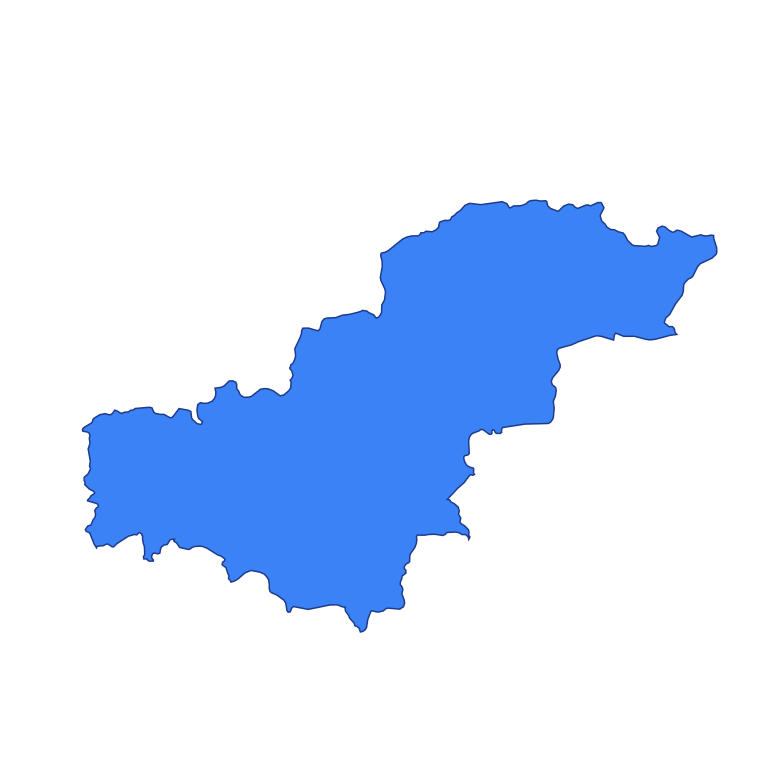 outline of Meconta, Nampula, Mozambique, rotated 20°
{"feature_id": "85939544B84793619782311", "entity_name": "Meconta", "entity_type": "district", "adm_level": 2, "iso_a3": "MOZ", "parent_name": "Mozambique", "parent_adm1": "Nampula", "projection": "orthographic", "projection_center": [39.662, -15.252], "detail": "fine", "context": "isolated", "style": "filled", "palette": "blue", "viewbox_px": 768, "rotation_deg": 20, "n_neighbors": 0, "source": "geoboundaries", "source_scale": "gbopen_adm2", "svg_char_len": 6170}
<svg xmlns="http://www.w3.org/2000/svg" viewBox="0 0 768 768"><g transform="rotate(20 384 384)"><path d="M516.8,501.1L517.1,498.4L515.3,497.2L514.6,494.3L513.3,492.2L508.6,489.8L504.1,488.8L502.5,487.5L502.0,483.7L498.7,481.1L498.1,477.4L495.7,474.2L490.9,472.4L487.3,472.0L485.3,470.4L482.9,470.8L489.0,456.6L493.0,449.4L495.5,441.1L496.5,439.6L498.8,439.3L500.0,438.1L498.5,436.9L497.3,433.0L496.7,432.5L493.0,432.8L489.8,432.2L486.8,429.9L484.5,426.9L483.9,424.7L484.5,423.7L487.2,421.9L487.9,420.1L483.3,409.4L482.5,405.8L482.8,402.6L484.2,400.0L489.3,395.6L490.9,393.3L493.0,393.1L500.0,395.2L502.0,394.5L502.3,393.5L501.5,391.4L501.8,389.8L503.7,389.9L505.0,391.4L506.4,392.0L510.1,390.7L511.1,389.4L510.0,386.4L510.2,384.4L530.3,373.4L551.9,364.9L553.5,363.0L554.5,359.7L554.5,357.1L552.2,348.6L549.0,342.3L549.2,336.6L548.0,331.1L546.5,328.6L542.4,327.2L540.3,324.3L540.3,320.5L543.5,311.5L543.8,307.9L542.8,305.4L539.3,301.4L535.9,296.2L535.1,292.8L536.3,290.5L546.9,283.0L552.3,277.7L566.9,266.1L571.5,264.9L584.7,264.2L583.7,258.7L584.5,257.0L593.0,257.2L603.0,253.5L614.4,252.5L618.8,251.6L623.4,249.3L636.4,240.3L642.2,237.3L639.9,236.0L638.0,232.9L636.5,231.8L635.1,231.5L632.3,232.6L627.0,230.9L626.3,230.2L626.2,225.7L628.7,220.8L630.5,209.2L633.8,198.3L633.5,194.4L631.7,188.4L632.0,185.9L634.0,181.4L636.6,178.7L637.4,176.8L638.5,166.7L640.0,162.8L649.2,153.5L651.8,148.4L651.7,146.6L650.1,142.4L644.0,134.4L643.0,131.7L640.5,132.2L636.6,134.6L633.5,135.4L630.8,135.4L622.7,140.7L611.5,138.8L608.4,138.9L606.6,139.3L604.0,142.4L603.1,142.7L598.7,142.0L594.6,140.3L591.4,140.5L588.1,143.8L587.9,147.3L592.9,152.1L593.4,159.5L592.0,161.1L588.0,163.4L585.3,163.2L582.6,165.2L571.9,168.4L569.3,168.3L563.6,165.6L559.8,161.9L557.0,160.3L552.4,160.8L547.9,160.3L543.8,161.3L539.8,160.3L536.9,158.0L533.0,156.5L529.9,152.5L529.5,151.0L530.4,144.2L530.2,142.9L526.0,139.2L522.8,140.4L517.1,146.0L514.3,146.0L512.4,146.9L506.0,152.8L503.3,152.6L500.0,151.0L496.0,151.8L492.0,155.3L488.7,162.2L480.6,162.1L476.8,160.5L474.5,156.8L473.2,156.5L468.7,158.5L464.0,159.3L459.6,161.3L457.4,163.0L456.1,165.7L453.7,168.2L450.9,170.0L444.8,172.4L442.4,175.4L441.4,175.4L437.8,172.5L432.6,172.3L413.8,182.3L402.5,185.0L399.0,188.4L396.3,195.1L393.9,198.1L392.5,201.5L390.6,203.6L390.2,207.1L387.4,208.9L385.7,209.1L381.2,212.5L380.9,213.9L381.7,218.0L380.2,221.4L377.2,224.5L371.2,226.1L369.8,228.2L367.0,229.2L366.5,231.7L365.4,233.1L359.4,235.4L355.2,238.1L351.8,241.6L342.5,257.1L339.7,260.1L337.1,261.6L336.6,262.8L337.1,264.7L340.1,269.0L342.2,274.1L344.1,285.2L345.9,288.0L352.1,294.2L354.0,297.1L355.7,304.9L354.9,310.5L357.2,317.4L356.9,320.7L356.1,322.9L354.2,324.8L350.8,322.6L345.0,322.1L343.1,321.3L338.5,322.2L337.9,323.3L334.7,325.7L327.9,330.3L321.3,333.6L316.1,338.1L308.4,341.3L305.6,343.1L304.3,346.5L305.0,354.2L303.8,356.6L293.9,357.3L288.7,359.3L288.3,361.7L289.2,365.0L289.3,368.6L288.1,381.4L291.4,387.8L291.7,391.8L291.3,395.6L289.8,398.2L290.3,399.5L289.9,400.9L290.2,401.7L292.9,403.2L295.6,407.1L295.4,410.5L294.5,412.4L296.1,414.2L297.7,419.7L296.8,422.9L293.5,428.7L290.4,430.6L282.4,428.3L276.8,428.2L273.2,429.2L269.7,431.2L263.7,440.9L261.1,442.8L256.6,444.5L252.6,443.4L249.8,440.4L247.3,438.9L245.6,434.5L244.2,433.1L241.2,432.7L238.5,433.6L237.3,434.4L234.4,440.6L231.8,443.0L226.6,445.7L228.7,448.9L229.8,452.8L229.6,455.5L228.4,458.9L224.7,462.4L221.3,463.8L217.9,464.3L216.0,467.1L217.2,472.7L220.2,478.2L221.7,479.8L226.3,481.5L226.2,484.0L225.4,484.7L222.1,485.2L216.5,483.0L214.8,481.7L211.9,475.9L209.0,475.6L199.8,477.2L197.2,485.8L196.1,488.1L194.7,488.9L187.7,487.8L183.9,489.1L179.4,489.8L177.5,489.3L174.1,485.8L171.5,486.1L158.6,492.1L157.3,494.2L155.0,495.3L153.3,497.7L150.1,499.1L147.1,501.6L142.3,500.6L139.9,500.7L138.9,504.6L137.6,506.4L136.0,507.0L132.2,507.2L127.5,510.0L123.4,515.1L122.7,516.5L122.9,520.1L116.6,527.9L116.2,530.0L117.2,531.4L121.6,530.6L123.5,530.9L125.2,532.8L125.6,535.7L128.0,540.3L128.2,546.2L134.4,556.9L135.4,561.9L137.3,564.0L136.6,569.8L134.2,574.2L135.1,577.0L137.1,579.2L137.2,580.9L143.0,583.5L147.4,584.1L149.2,584.9L149.3,586.0L146.9,589.2L146.5,591.7L145.1,594.6L145.4,595.2L154.2,594.6L155.9,594.8L157.3,596.3L157.6,597.2L156.1,598.8L155.5,601.8L157.6,605.2L158.1,608.1L157.2,610.7L156.8,616.7L154.2,618.8L153.1,622.9L154.6,624.3L158.3,624.5L166.5,633.7L169.9,636.3L170.0,634.5L175.5,632.0L178.1,629.2L179.7,628.9L184.3,630.0L185.7,629.4L187.5,625.5L195.7,614.6L200.8,610.8L203.2,610.4L204.9,607.2L207.8,607.7L208.1,608.8L209.2,609.5L210.1,612.3L212.3,616.0L214.5,618.8L217.5,626.1L217.0,628.4L218.0,630.5L221.1,629.6L222.6,630.6L224.2,630.7L227.8,629.3L227.5,628.3L225.9,627.4L224.6,625.7L224.5,622.9L225.6,621.5L229.7,620.9L231.2,619.6L230.4,614.9L230.8,612.8L232.4,610.6L235.2,608.9L236.3,603.7L237.6,602.5L240.3,601.6L240.1,603.5L243.5,604.3L247.9,607.5L256.1,606.5L257.9,605.8L259.4,603.4L261.7,601.4L266.7,599.2L269.5,598.7L273.6,598.8L286.3,601.5L289.8,601.4L294.3,602.8L294.6,604.9L293.3,606.5L293.5,608.8L294.0,609.4L298.2,610.5L302.3,615.8L304.1,617.3L304.1,619.2L304.8,620.4L306.4,620.9L307.9,622.5L311.0,620.2L313.2,617.6L317.9,609.2L322.7,604.7L331.3,603.3L336.2,603.5L339.4,605.0L342.4,607.3L344.8,611.6L346.1,615.4L347.9,617.9L349.6,618.6L355.3,618.9L363.8,621.3L366.6,623.4L370.3,630.1L372.0,631.2L373.8,630.2L373.9,626.2L375.0,624.1L389.9,621.7L408.6,610.2L415.6,607.5L421.4,607.6L424.0,607.0L424.1,608.0L425.6,610.7L430.0,613.6L431.8,615.8L437.9,619.0L439.2,621.1L442.1,621.2L444.2,622.1L446.6,625.1L448.5,623.9L450.1,621.9L450.9,619.0L449.3,610.8L449.4,602.0L450.7,601.2L455.2,600.7L457.4,599.8L460.9,597.5L462.7,594.4L464.5,593.2L475.7,590.2L478.5,586.7L478.3,582.7L476.5,579.6L472.4,574.9L472.1,571.1L471.4,569.8L469.6,567.8L468.1,567.3L467.1,564.8L467.3,560.7L466.7,558.3L469.3,554.2L468.1,551.4L466.0,550.4L465.6,548.3L466.2,545.7L468.3,543.5L468.8,542.0L466.9,536.4L467.1,533.8L468.9,527.1L468.9,522.6L468.1,519.1L466.8,516.6L466.9,514.6L473.6,512.3L477.5,510.1L483.2,507.8L491.1,506.2L493.1,504.3L493.3,502.8L494.4,501.8L502.0,498.6L505.5,498.1L508.6,498.8L512.3,497.6L515.4,498.9L516.8,501.1Z" fill="#3b82f6" stroke="#1e3a8a" stroke-width="1.5"/></g></svg>